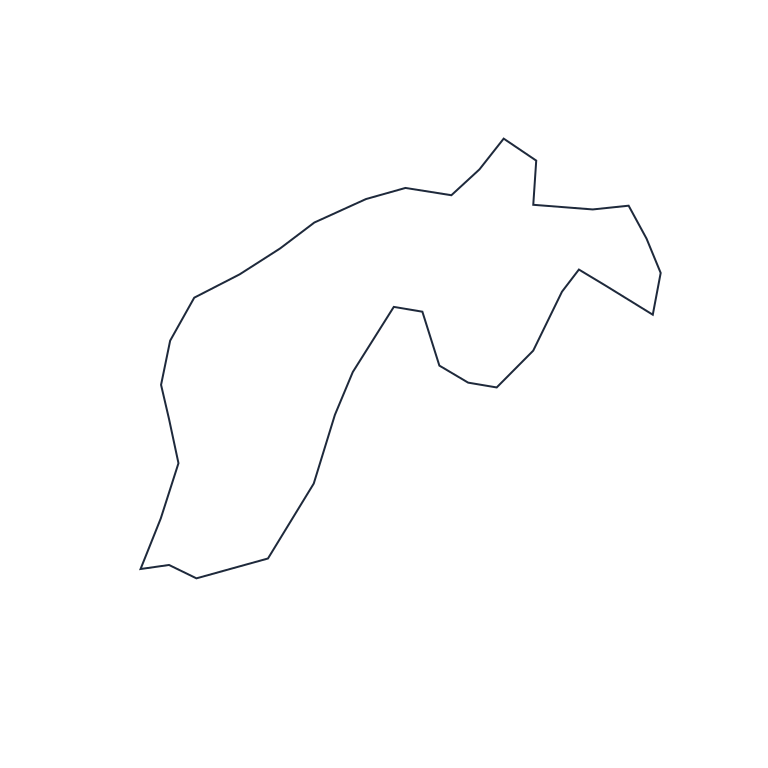 outline of Beïkioï, Cyprus, rotated 206°
{"feature_id": "46923920B35066056619311", "entity_name": "Beïkioï", "entity_type": "district", "adm_level": 2, "iso_a3": "CYP", "parent_name": "Cyprus", "parent_adm1": "", "projection": "robinson", "projection_center": [33.505, 35.246], "detail": "fine", "context": "isolated", "style": "outline", "palette": "slate", "viewbox_px": 768, "rotation_deg": 206, "n_neighbors": 0, "source": "geoboundaries", "source_scale": "gbopen_adm2", "svg_char_len": 622}
<svg xmlns="http://www.w3.org/2000/svg" viewBox="0 0 768 768"><g transform="rotate(206 384 384)"><path d="M211.7,629.7L242.3,651.5L272.9,632.4L328.4,610.5L345.1,651.5L384.0,657.0L392.3,618.7L406.2,583.2L450.7,569.6L481.3,542.3L517.4,498.6L536.8,460.3L561.8,419.3L592.4,378.4L595.2,329.2L584.0,285.5L561.8,258.2L534.0,222.7L525.7,165.3L521.7,111.0L497.9,127.1L467.4,127.1L411.8,176.3L403.5,263.7L414.6,334.7L417.3,381.1L409.0,457.6L381.2,465.8L342.3,424.8L309.0,422.1L281.2,430.3L264.5,479.4L264.5,545.0L259.0,572.3L228.4,569.6L172.8,564.1L184.0,605.1L211.7,629.7Z" fill="none" stroke="#1e293b" stroke-width="2"/></g></svg>